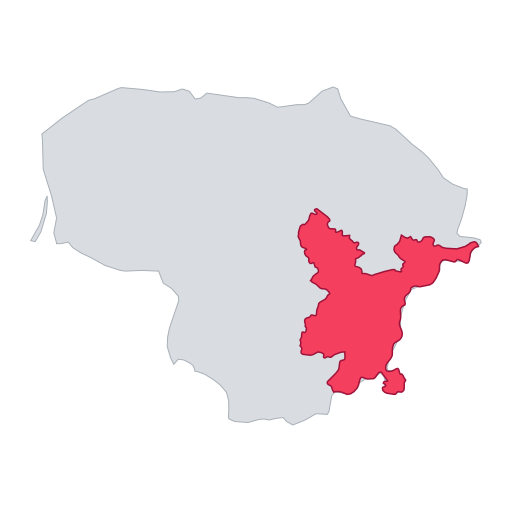 Lithuania, with Vilniaus highlighted
{"feature_id": "LTU-1075", "entity_name": "Vilniaus", "entity_type": "County", "adm_level": 1, "iso_a3": "LTU", "parent_name": "Lithuania", "parent_adm1": "", "projection": "mercator", "projection_center": [25.254, 54.825], "detail": "fine", "context": "in_parent", "style": "filled", "palette": "rose", "viewbox_px": 512, "rotation_deg": 0, "n_neighbors": 0, "source": "natural_earth", "source_scale": "10m", "svg_char_len": 8010}
<svg xmlns="http://www.w3.org/2000/svg" viewBox="0 0 512 512"><path d="M173.8,364.3L170.6,357.9L167.2,346.4L167.6,337.2L169.5,327.9L178.8,300.6L178.3,296.2L171.6,288.5L163.2,283.0L158.6,271.1L141.6,270.4L125.7,271.1L120.6,270.5L105.4,265.6L90.8,257.6L80.9,252.9L72.7,247.6L68.3,242.1L61.2,243.6L56.5,243.6L56.5,242.7L53.8,232.9L56.6,217.9L51.5,195.8L43.2,169.2L42.5,140.5L41.9,134.0L62.5,117.8L88.5,100.3L94.4,98.8L118.4,88.4L121.6,87.6L143.1,89.5L160.1,92.0L174.4,91.7L182.2,89.0L189.3,91.2L195.1,99.0L201.0,98.1L206.8,93.1L238.7,97.7L246.0,97.6L254.1,98.3L269.1,103.0L277.7,107.3L296.6,104.7L304.8,104.6L309.0,102.9L322.1,91.1L327.7,89.1L332.9,87.0L337.7,88.8L340.8,98.8L350.5,116.1L361.0,119.1L390.0,125.8L396.0,129.3L412.3,144.4L422.1,151.9L428.4,157.8L437.9,169.4L443.4,177.8L452.6,184.1L463.4,188.4L467.3,189.0L467.1,195.1L465.2,205.5L461.6,218.8L457.8,229.1L456.9,233.1L459.8,236.4L474.0,237.9L480.1,239.7L481.3,242.4L478.1,245.9L473.6,248.9L471.5,251.7L467.9,261.6L444.2,260.3L441.0,262.4L439.5,267.0L438.3,272.3L435.2,278.6L428.9,284.1L419.1,286.1L411.0,289.8L405.0,301.3L400.5,316.6L400.6,327.5L401.2,333.5L400.7,337.0L397.7,340.7L392.7,350.7L388.6,361.7L387.1,367.6L387.9,370.4L392.4,370.5L399.0,372.7L402.5,377.1L403.8,382.2L403.8,387.6L402.6,390.6L397.3,392.7L389.1,392.8L384.3,390.2L383.3,388.2L385.6,383.0L383.9,376.4L380.5,372.8L373.5,378.2L366.9,378.2L358.9,383.1L353.7,390.8L348.7,393.7L335.1,392.1L331.8,395.5L329.0,411.3L327.3,414.4L316.0,413.7L305.1,420.0L292.8,425.0L286.6,421.5L283.1,417.6L276.4,418.3L269.1,420.0L264.2,419.0L258.7,419.5L248.0,422.5L234.6,421.5L228.9,418.9L228.4,416.4L228.8,410.3L228.7,400.8L226.5,392.3L220.1,384.9L213.4,379.6L204.8,374.3L198.5,371.9L195.0,371.3L194.2,368.1L193.0,365.5L190.0,363.1L183.6,359.9L178.2,359.2L173.8,364.3ZM35.2,241.6L30.7,240.6L39.5,225.0L42.8,214.9L45.1,200.5L47.2,196.0L47.3,202.5L46.4,213.4L40.8,232.0L35.2,241.6Z" fill="#d9dde1" stroke="#a8b0b8" stroke-width="1"/><path d="M478.5,246.5L475.6,247.3L474.4,248.0L472.2,250.2L471.0,251.9L470.4,253.3L469.9,257.0L469.1,260.9L467.9,262.9L466.2,263.2L458.1,259.5L457.0,259.7L456.4,260.3L455.9,261.1L455.4,261.6L454.7,261.9L454.0,261.9L445.5,259.7L442.1,260.3L439.7,264.1L439.5,265.6L439.5,268.9L439.4,270.6L439.0,271.7L436.2,277.9L433.6,281.9L432.4,283.2L429.7,284.8L420.4,286.7L418.9,286.7L416.1,286.0L414.7,286.0L411.9,287.2L410.9,288.0L410.7,289.0L410.5,290.2L410.0,291.6L408.4,293.5L406.7,294.8L405.1,296.4L404.3,298.9L404.4,300.1L405.1,302.8L405.2,303.9L404.8,305.0L404.4,305.3L403.9,305.3L403.1,305.7L401.5,307.2L400.7,308.4L400.4,310.1L400.7,316.9L400.6,318.3L400.3,319.7L399.9,320.9L399.5,322.2L399.4,323.9L400.0,326.5L401.9,331.2L402.3,333.8L401.9,336.4L400.8,338.5L399.4,340.0L394.7,342.8L393.5,344.4L392.7,347.0L392.3,350.5L392.4,353.2L392.1,355.8L390.7,358.6L387.2,362.9L385.8,365.7L385.7,369.1L386.7,370.8L388.4,371.4L391.7,371.2L396.3,368.8L397.4,368.4L398.5,369.1L398.9,370.1L399.2,371.4L400.0,373.8L400.3,374.2L400.6,374.3L401.5,374.0L401.8,374.1L402.5,374.9L403.2,375.9L403.8,377.1L404.3,378.5L404.6,379.0L405.1,379.1L405.4,379.4L405.6,380.2L405.5,380.8L404.6,382.0L404.3,382.6L404.2,388.6L403.6,390.6L401.9,392.0L401.0,392.1L398.1,391.7L397.2,392.1L396.0,393.8L395.2,394.3L393.6,394.3L386.8,393.2L384.7,392.2L382.9,390.5L382.4,388.2L382.9,387.2L385.1,386.5L385.7,385.5L385.3,384.4L383.4,383.4L383.6,382.1L385.2,381.2L386.9,381.3L387.6,380.8L382.2,373.4L381.8,372.7L381.3,372.2L380.3,372.0L378.4,372.9L375.3,377.4L373.5,378.7L367.2,379.0L362.3,377.3L360.9,377.5L360.0,379.2L358.4,385.4L357.1,388.1L354.0,391.6L350.6,393.8L347.2,394.4L341.2,392.0L337.6,391.5L334.1,391.9L333.7,392.1L332.3,389.4L331.8,387.5L331.4,386.6L330.9,386.0L330.2,385.5L328.4,384.6L327.6,383.9L327.2,382.9L327.5,381.6L335.7,373.4L338.5,369.8L339.0,367.8L339.5,363.8L339.8,362.0L340.1,361.4L340.4,361.0L341.2,360.5L343.2,360.1L344.6,359.4L345.0,357.9L344.8,351.9L341.0,352.2L334.7,354.5L331.1,357.2L330.3,357.3L329.3,357.0L327.8,356.7L326.8,356.9L325.6,357.7L325.0,357.9L324.1,357.8L323.6,357.2L323.5,356.4L323.7,355.5L323.8,354.7L323.6,354.0L323.1,353.5L320.9,352.5L318.7,352.1L317.7,352.1L316.3,352.9L314.5,353.7L313.6,354.4L311.0,355.1L309.7,355.2L302.9,354.3L301.4,353.4L301.1,352.5L301.1,351.4L301.4,350.3L301.8,348.3L301.4,347.3L300.1,345.9L300.0,345.6L300.2,345.2L300.6,344.7L300.7,343.5L300.9,342.7L300.1,339.7L300.9,338.6L301.5,337.0L301.7,334.2L301.9,333.0L302.3,332.1L303.0,332.0L303.6,332.3L304.3,332.5L305.0,332.4L305.6,331.8L306.0,331.0L306.2,329.8L306.4,329.0L306.4,328.3L306.3,327.7L305.2,326.4L305.4,324.9L305.3,324.2L305.1,323.2L304.8,322.2L304.6,321.1L304.8,319.8L305.4,318.8L306.7,318.0L309.9,317.0L310.8,315.5L311.3,315.0L312.1,315.0L315.0,315.7L315.8,315.5L316.3,314.9L316.5,313.4L316.6,312.0L316.7,310.8L317.0,309.5L318.0,306.8L318.6,304.3L318.8,303.5L319.3,302.8L320.2,302.1L325.2,299.2L326.2,298.2L327.6,295.4L329.8,293.7L329.4,292.8L327.7,290.6L326.3,289.5L324.9,288.9L321.7,288.7L320.2,288.1L316.1,284.2L312.2,282.2L311.2,281.0L310.5,280.7L312.0,278.5L312.5,277.4L312.9,276.6L313.2,276.2L313.6,275.8L314.5,275.2L314.9,274.9L315.3,274.3L315.8,274.0L317.1,273.2L317.8,272.7L318.2,272.2L318.4,271.5L318.4,270.9L318.2,269.5L317.4,268.0L315.1,266.9L314.0,263.4L313.7,262.8L312.9,262.7L311.4,263.4L310.5,263.5L309.6,262.9L308.8,261.4L308.7,259.7L308.8,258.7L308.6,257.9L308.0,257.3L306.7,256.4L306.0,255.8L305.3,254.8L304.7,253.5L304.5,251.6L304.7,250.6L305.3,250.0L306.0,249.9L306.5,249.6L306.4,249.1L305.4,248.4L302.4,247.3L301.5,246.5L300.8,245.3L300.2,240.6L298.8,238.1L298.2,236.6L298.4,234.9L298.6,233.6L298.5,232.3L298.8,231.0L299.1,230.2L300.3,226.2L302.5,224.5L303.0,224.4L303.6,224.4L304.2,224.8L304.9,224.4L307.7,221.4L308.6,220.0L309.1,218.7L309.6,216.3L310.1,215.0L310.9,213.5L311.7,213.1L312.6,213.3L314.4,214.2L315.3,214.4L316.6,214.2L317.0,213.6L316.9,213.0L316.4,212.4L315.0,211.3L314.6,210.6L314.5,209.9L314.9,209.4L315.3,209.2L316.8,208.7L327.4,216.8L329.3,218.9L329.8,220.1L329.7,220.9L329.4,221.3L328.2,222.0L327.8,222.6L327.5,223.4L327.4,224.3L327.5,225.1L327.8,225.9L328.6,227.6L329.5,228.4L330.8,228.8L334.5,228.9L335.3,229.2L335.7,230.0L335.6,230.8L335.5,231.7L335.8,232.2L336.5,232.3L338.0,231.9L341.0,230.4L341.6,230.3L342.0,230.6L342.3,231.5L342.4,232.7L342.3,234.7L342.3,235.3L343.0,235.7L343.7,235.9L349.6,235.4L349.4,238.1L349.7,238.7L350.4,239.4L352.5,241.1L353.5,242.5L354.3,242.9L355.0,242.7L355.9,242.4L356.9,242.2L358.2,242.5L358.6,243.1L358.7,243.8L358.4,244.7L358.0,245.5L356.8,247.0L356.5,247.8L356.8,249.4L357.3,250.0L358.1,250.0L358.8,249.9L359.7,249.9L363.4,252.1L364.5,252.9L364.3,253.5L363.7,253.9L362.8,254.1L362.1,254.5L361.3,255.6L359.9,256.4L358.8,257.4L358.1,257.8L355.5,258.9L355.7,261.6L355.2,263.7L354.8,265.2L355.0,265.9L355.5,266.4L358.6,267.2L359.7,267.8L361.1,268.8L361.5,269.8L361.7,270.4L362.2,273.5L365.8,273.6L370.7,275.3L371.9,275.5L373.1,275.3L374.0,274.7L384.5,271.5L392.4,269.6L394.8,269.6L395.1,270.1L395.3,270.7L396.0,271.0L400.1,271.8L401.2,271.8L401.6,271.4L401.2,270.7L401.0,269.7L401.2,268.7L402.7,267.3L403.3,266.6L403.5,266.1L403.3,265.7L402.8,265.3L402.7,264.7L402.9,263.9L404.8,262.4L405.0,261.6L404.6,261.0L403.8,260.7L403.1,260.3L402.5,259.7L401.1,259.0L400.3,258.3L399.0,256.7L398.6,255.9L398.1,255.2L395.8,253.1L394.6,251.6L394.3,250.7L394.0,249.5L394.3,247.5L394.5,246.5L395.0,245.8L397.1,244.4L399.4,241.7L399.9,240.6L401.4,235.1L404.8,237.3L407.6,238.2L410.5,236.6L411.4,237.8L412.2,239.3L412.9,239.9L413.7,240.2L416.0,239.6L416.5,239.7L417.0,240.3L417.4,241.4L417.8,241.9L418.6,242.1L419.9,241.8L421.0,241.3L421.7,240.6L422.1,240.1L422.9,238.5L423.2,238.0L423.7,237.5L424.2,237.1L424.9,236.9L429.7,236.7L430.8,237.0L432.8,238.0L433.8,238.9L434.3,239.9L434.3,240.8L433.7,241.8L433.2,243.1L433.1,244.4L433.6,245.7L434.6,246.2L436.0,246.0L436.7,245.4L437.5,245.1L438.4,245.1L439.8,245.7L442.5,247.5L446.4,248.3L456.8,248.9L465.3,246.4L469.1,244.0L469.7,243.4L470.4,242.9L473.9,241.8L475.0,241.9L476.0,242.4L476.7,243.0L478.3,245.9L478.5,246.5Z" fill="#f43f5e" stroke="#9f1239" stroke-width="1.5"/></svg>